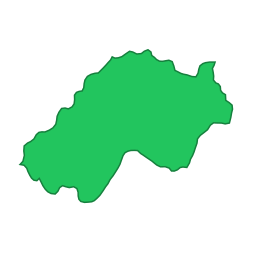 outline of Córrego Novo, Minas Gerais, Brazil, rotated 11°
{"feature_id": "56859067B96564983338004", "entity_name": "Córrego Novo", "entity_type": "district", "adm_level": 2, "iso_a3": "BRA", "parent_name": "Brazil", "parent_adm1": "Minas Gerais", "projection": "natural_earth1", "projection_center": [-42.444, -19.834], "detail": "fine", "context": "isolated", "style": "filled", "palette": "green", "viewbox_px": 256, "rotation_deg": 11, "n_neighbors": 0, "source": "geoboundaries", "source_scale": "gbopen_adm2", "svg_char_len": 2090}
<svg xmlns="http://www.w3.org/2000/svg" viewBox="0 0 256 256"><g transform="rotate(11 128 128)"><path d="M200.9,46.7L195.6,47.7L191.6,49.1L189.2,50.5L186.8,53.2L186.3,56.8L186.3,60.9L184.9,64.8L180.9,65.3L175.9,64.6L172.1,64.6L169.5,64.3L166.5,63.4L163.1,62.5L161.1,58.3L158.7,54.4L155.2,53.7L152.2,54.8L149.4,55.9L146.3,56.4L143.0,55.4L140.4,53.6L137.5,52.3L136.0,49.0L132.7,47.4L129.4,49.5L126.9,52.4L122.5,53.7L118.2,52.5L114.9,52.4L111.9,55.4L108.4,59.1L105.0,61.0L101.8,61.9L98.9,61.2L97.9,64.6L96.0,67.6L94.4,70.4L92.2,73.9L90.1,77.0L88.4,79.6L85.1,80.6L81.5,82.4L78.3,85.1L76.6,89.1L76.5,92.9L76.9,96.9L75.9,100.4L73.0,101.4L70.6,102.9L69.2,106.0L70.2,110.4L70.5,114.5L69.1,117.9L65.8,120.6L62.4,120.4L59.1,121.5L57.2,125.7L56.2,130.0L56.5,134.2L56.4,138.1L54.3,142.2L51.2,145.1L47.3,147.7L44.0,148.3L41.4,149.3L39.3,152.0L37.7,156.8L35.0,159.9L32.3,161.9L29.5,165.4L30.1,170.4L31.5,174.7L31.2,180.8L29.0,184.4L33.1,184.4L36.3,186.8L38.1,189.8L40.6,193.1L42.9,195.6L45.6,197.2L48.6,197.1L50.5,194.4L53.0,197.6L55.5,200.9L58.5,203.9L61.4,205.9L65.0,207.0L69.1,206.7L71.2,203.6L72.3,199.5L74.8,197.1L77.8,197.5L81.7,197.7L85.9,196.0L89.4,197.2L91.3,200.6L92.1,204.3L93.4,207.3L95.7,209.1L99.5,209.3L103.6,208.2L106.5,207.3L108.8,205.7L110.8,203.1L113.2,199.5L115.6,194.1L117.2,190.0L118.9,186.6L120.3,181.9L122.4,177.8L124.2,173.3L125.8,169.1L127.0,165.2L127.7,160.5L128.4,156.0L129.8,152.8L132.3,150.8L135.1,149.5L138.7,148.7L141.7,148.3L145.3,150.6L148.3,151.8L151.2,153.1L155.2,154.8L158.0,156.0L160.7,157.5L163.4,158.9L167.3,159.9L171.9,158.9L176.1,159.5L178.9,161.9L181.7,161.4L184.5,159.6L186.7,156.9L189.3,155.8L193.3,155.5L195.0,150.5L195.3,146.7L196.6,142.8L197.4,138.8L197.8,135.3L198.6,129.8L198.3,125.4L200.3,121.5L203.5,117.9L206.4,114.5L208.3,109.5L211.0,106.6L214.9,106.0L218.8,105.3L222.6,105.4L226.6,103.8L226.9,98.1L226.8,93.4L227.0,89.6L225.8,85.7L222.5,83.8L218.7,82.2L217.3,76.7L214.0,75.5L211.7,73.3L210.7,69.7L208.3,67.5L205.6,67.0L202.7,64.6L202.2,60.7L201.1,57.4L199.5,53.4L200.5,50.1L200.9,46.7Z" fill="#22c55e" stroke="#15803d" stroke-width="1.5"/></g></svg>